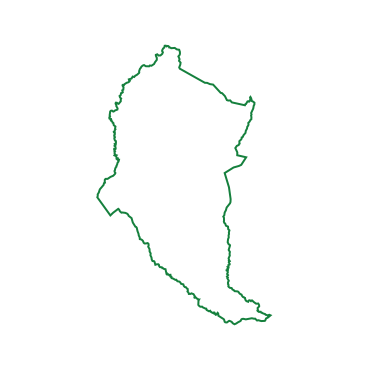 Balama, Cabo Delgado, Mozambique (orthographic projection), rotated 339°
{"feature_id": "85939544B22682737370097", "entity_name": "Balama", "entity_type": "district", "adm_level": 2, "iso_a3": "MOZ", "parent_name": "Mozambique", "parent_adm1": "Cabo Delgado", "projection": "orthographic", "projection_center": [38.406, -13.54], "detail": "fine", "context": "isolated", "style": "outline", "palette": "green", "viewbox_px": 384, "rotation_deg": 339, "n_neighbors": 0, "source": "geoboundaries", "source_scale": "gbopen_adm2", "svg_char_len": 6055}
<svg xmlns="http://www.w3.org/2000/svg" viewBox="0 0 384 384"><g transform="rotate(339 192 192)"><path d="M255.0,179.0L247.4,173.9L248.5,171.2L248.2,166.5L250.4,165.0L252.4,164.9L253.0,164.2L253.8,163.9L254.1,162.2L254.6,161.4L256.7,160.6L257.5,159.9L257.9,158.9L259.1,158.8L260.5,157.4L263.1,156.0L264.2,154.1L266.1,152.5L267.0,150.9L268.3,150.1L268.9,149.3L269.3,147.7L271.0,146.9L272.5,145.6L273.4,145.4L274.3,143.4L274.6,141.7L275.3,141.1L275.5,139.5L279.1,136.0L280.6,133.5L281.5,132.8L282.3,131.0L281.5,129.6L280.5,128.6L280.8,125.6L280.6,124.2L280.1,124.5L280.1,125.2L278.9,127.6L277.6,128.1L277.3,127.5L276.3,127.3L273.9,129.2L273.4,129.1L272.5,130.0L261.3,122.6L260.5,120.2L258.6,119.6L257.5,118.7L257.1,114.3L255.5,110.5L254.3,109.7L250.2,99.3L247.4,97.7L245.2,95.5L243.2,94.7L224.8,72.5L224.7,71.1L226.7,68.9L227.7,67.1L226.9,64.9L228.0,63.5L227.9,60.5L229.3,59.8L230.2,58.8L230.9,56.9L231.0,54.6L228.9,53.4L227.5,51.3L224.1,50.3L223.5,49.4L222.5,48.9L222.6,48.1L222.2,47.3L221.5,46.9L220.5,47.0L220.0,46.0L218.9,45.7L217.9,47.2L216.4,47.7L214.9,49.1L214.6,49.8L214.9,51.1L213.7,52.4L211.5,53.2L209.7,52.6L208.9,51.0L207.4,51.0L207.1,51.8L207.2,54.2L206.5,56.0L203.9,57.6L202.5,58.9L199.4,59.6L198.0,58.8L197.0,59.3L193.9,58.0L192.7,56.3L191.3,56.3L189.6,56.9L188.9,57.6L187.5,58.4L185.9,60.3L185.6,61.5L185.2,61.9L182.5,62.9L180.7,63.1L179.2,63.9L178.0,63.0L176.2,64.4L173.4,64.2L173.3,65.3L173.8,65.9L173.0,66.5L171.3,66.8L170.2,66.6L167.5,67.2L166.8,67.8L165.9,67.2L165.5,67.3L165.3,67.8L165.6,69.7L164.5,71.9L163.3,72.1L163.1,74.1L162.2,74.4L161.2,74.3L160.0,76.1L158.8,76.4L158.7,77.8L159.3,79.4L158.8,79.7L158.0,81.8L155.1,83.4L154.2,82.6L153.9,81.8L153.0,81.3L152.6,81.6L152.3,82.2L152.5,83.9L152.1,84.7L152.5,87.3L151.9,88.3L149.3,88.3L147.7,88.8L147.2,88.6L146.4,87.3L145.3,87.1L144.5,87.5L142.6,90.9L142.7,91.9L141.7,92.5L141.3,93.3L141.3,93.6L141.8,93.6L141.8,94.6L142.6,94.9L142.5,95.7L141.9,95.9L141.9,96.3L142.8,97.6L142.7,98.9L143.3,99.4L142.9,101.6L144.0,103.4L142.9,105.2L143.0,106.0L142.1,106.5L141.8,107.3L140.5,107.8L140.5,108.2L141.2,108.7L141.2,109.3L140.7,109.8L140.6,110.5L139.7,111.1L139.8,111.8L139.3,112.6L139.7,113.2L138.6,114.3L138.5,116.3L139.1,116.9L139.0,117.9L138.4,119.2L137.8,119.3L138.1,119.6L138.0,120.0L137.0,120.2L137.1,121.1L136.2,121.3L136.7,122.6L136.2,124.3L135.8,124.5L134.8,123.9L134.6,124.3L134.9,125.0L134.4,125.6L134.7,126.4L134.0,126.7L133.9,127.7L133.5,128.4L133.7,129.3L132.7,130.0L133.2,130.5L134.2,130.3L134.7,130.7L133.8,131.2L134.0,132.8L133.4,133.9L133.7,134.5L134.8,134.2L134.8,135.4L135.4,135.7L134.9,136.4L134.3,136.4L134.2,137.3L132.9,138.1L131.9,139.6L130.9,140.4L130.5,141.3L129.6,141.7L128.5,142.9L127.9,144.0L127.2,144.6L127.0,145.4L127.3,146.8L126.6,147.5L124.3,148.6L121.4,148.7L117.9,149.5L116.1,148.8L115.1,149.2L114.3,150.8L114.1,152.1L113.0,152.2L112.0,153.7L106.9,156.5L104.8,159.1L103.1,160.4L102.6,161.9L101.7,163.0L107.4,184.6L110.9,183.1L117.1,181.3L117.6,182.2L117.8,184.2L118.7,186.0L119.7,186.2L122.3,187.6L123.6,188.9L124.2,190.1L124.3,191.6L126.2,194.7L125.8,199.3L126.7,204.1L127.3,204.6L127.6,205.5L127.1,209.1L127.1,211.8L126.7,213.6L126.9,215.5L126.4,217.3L127.6,218.1L128.3,219.1L128.7,220.3L128.7,222.1L129.2,223.0L130.4,223.5L132.3,223.8L132.8,224.9L132.3,226.5L131.5,227.4L131.9,230.0L131.1,232.4L131.4,234.5L130.5,236.2L130.7,238.6L130.2,240.7L130.4,242.3L131.7,242.9L132.0,243.5L131.7,246.8L132.9,246.8L134.7,247.4L135.0,248.0L134.8,249.4L135.1,250.6L136.9,251.5L137.0,252.5L137.7,252.8L138.2,253.7L139.6,254.6L139.1,257.4L139.4,258.7L138.8,259.2L139.2,260.2L140.5,260.4L140.8,261.4L142.2,261.6L142.1,262.3L141.5,262.9L141.6,263.5L142.4,263.9L142.1,265.1L143.3,266.0L145.0,268.1L145.9,268.3L146.4,270.1L148.2,271.2L148.7,272.4L148.9,273.8L150.8,275.1L150.7,276.8L151.2,278.1L152.2,278.7L152.6,280.2L153.2,280.8L152.9,282.3L152.1,283.3L152.7,284.6L152.5,286.0L154.1,286.6L155.1,286.4L156.8,287.9L157.3,290.5L156.5,291.1L156.5,291.6L157.8,291.9L158.4,293.3L159.1,293.9L159.2,294.8L160.0,295.0L159.1,295.8L157.5,299.5L157.5,300.2L158.4,301.8L159.1,302.3L160.3,302.6L160.7,303.5L162.8,305.7L163.5,306.0L163.4,307.4L165.1,309.4L166.4,309.4L166.5,310.5L166.9,310.7L167.5,311.8L168.1,312.4L169.4,312.3L169.7,312.6L169.0,313.3L169.1,313.6L170.0,314.1L170.1,315.1L170.7,315.2L172.6,314.0L172.9,314.8L172.3,317.0L176.0,322.0L176.2,322.7L176.0,324.9L176.4,325.6L177.8,326.3L180.3,325.6L180.8,325.7L182.5,327.4L183.0,329.1L184.3,330.7L186.3,330.6L187.8,330.2L191.1,329.8L192.5,328.6L193.4,328.5L194.5,328.8L196.6,330.2L202.6,331.3L204.6,332.6L205.5,332.8L206.7,335.3L208.0,335.5L210.4,337.3L213.4,338.3L214.2,338.3L215.8,336.6L217.9,336.4L221.1,335.3L220.1,334.3L218.2,334.4L217.7,333.6L216.7,333.0L216.6,332.3L214.5,330.5L214.1,329.8L213.5,329.6L213.2,328.4L211.6,328.0L210.7,326.8L210.6,326.3L211.3,326.1L211.2,325.4L211.7,323.8L213.7,322.9L214.1,321.7L213.9,319.9L211.8,319.2L210.2,316.8L209.3,314.8L208.6,314.6L207.9,315.0L207.3,314.0L206.6,313.6L205.8,313.8L205.1,314.6L203.7,313.4L203.2,311.8L203.5,309.9L203.0,309.6L202.8,308.9L201.9,308.2L201.4,306.5L201.5,305.6L200.1,304.0L199.5,301.8L199.0,301.2L196.2,299.8L195.9,298.7L194.8,297.5L194.6,295.9L193.0,295.0L192.3,293.8L192.1,293.1L192.8,291.9L192.6,290.7L193.0,290.2L193.2,289.2L194.5,288.1L194.1,285.1L194.8,284.7L194.3,283.5L195.9,282.5L195.4,281.1L196.7,279.8L197.0,278.4L196.2,277.8L196.2,277.5L196.8,277.5L197.2,278.0L197.6,277.8L197.8,277.2L197.5,276.5L198.8,275.9L198.4,274.8L199.3,274.8L199.7,273.3L201.1,273.2L201.4,272.8L201.1,270.9L201.6,270.2L202.5,270.1L202.4,269.4L201.9,269.0L202.3,268.3L202.4,267.0L204.5,264.9L204.9,263.2L205.9,261.5L205.5,259.2L208.3,255.6L208.3,254.8L207.5,254.0L207.3,251.7L208.8,248.9L210.0,247.6L210.6,245.6L211.5,244.5L211.9,243.0L213.2,241.2L212.5,239.8L213.2,237.2L211.6,235.6L211.7,233.4L211.1,232.4L211.1,231.1L211.6,230.3L212.6,227.5L212.4,226.2L213.8,225.3L215.2,222.8L217.0,221.3L218.8,218.9L223.4,216.2L224.3,215.2L225.5,212.5L228.2,200.9L229.3,186.0L239.6,184.0L245.2,184.5L247.7,184.3L255.0,179.0Z" fill="none" stroke="#15803d" stroke-width="2"/></g></svg>